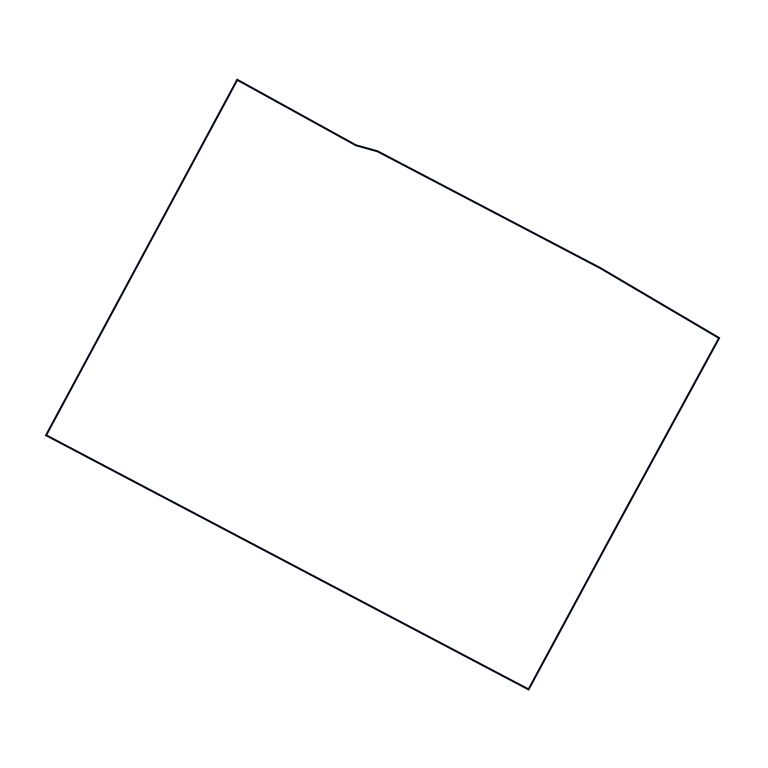 Williamson, Illinois, United States of America (Natural Earth projection), rotated 208°
{"feature_id": "52423323B83149544823658", "entity_name": "Williamson", "entity_type": "district", "adm_level": 2, "iso_a3": "USA", "parent_name": "United States of America", "parent_adm1": "Illinois", "projection": "natural_earth1", "projection_center": [-88.92, 37.73], "detail": "fine", "context": "isolated", "style": "outline", "palette": "ink", "viewbox_px": 768, "rotation_deg": 208, "n_neighbors": 0, "source": "geoboundaries", "source_scale": "gbopen_adm2", "svg_char_len": 274}
<svg xmlns="http://www.w3.org/2000/svg" viewBox="0 0 768 768"><g transform="rotate(208 384 384)"><path d="M658.3,180.1L113.0,182.2L111.8,372.6L109.7,581.9L247.6,587.9L498.9,586.4L520.9,581.6L656.4,583.7L658.3,180.1Z" fill="none" stroke="#020617" stroke-width="2"/></g></svg>